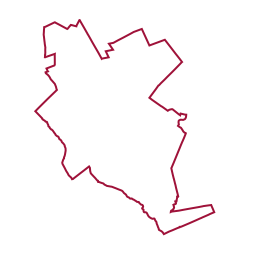 Tintesti, Buzau, Romania (Albers equal-area conic projection), rotated 8°
{"feature_id": "2599482B60981366823487", "entity_name": "Tintesti", "entity_type": "district", "adm_level": 2, "iso_a3": "ROU", "parent_name": "Romania", "parent_adm1": "Buzau", "projection": "albers", "projection_center": [26.882, 45.056], "detail": "fine", "context": "isolated", "style": "outline", "palette": "rose", "viewbox_px": 256, "rotation_deg": 8, "n_neighbors": 0, "source": "geoboundaries", "source_scale": "gbopen_adm2", "svg_char_len": 5537}
<svg xmlns="http://www.w3.org/2000/svg" viewBox="0 0 256 256"><g transform="rotate(8 128 128)"><path d="M193.6,218.8L192.9,218.8L192.9,218.7L194.3,218.4L198.3,216.0L202.1,213.7L206.8,210.8L212.2,207.4L213.1,206.9L214.1,206.2L216.4,204.8L220.3,202.4L220.6,202.1L225.1,199.4L223.1,196.0L222.2,194.6L222.1,194.4L221.1,192.7L217.9,193.6L213.7,194.8L212.4,195.3L209.2,196.4L202.1,198.7L196.0,200.7L193.3,201.6L189.8,202.8L182.9,204.7L182.1,205.2L182.1,204.5L182.2,204.0L182.5,203.7L182.8,203.4L183.5,203.2L184.1,202.3L184.1,202.0L184.3,201.9L184.6,201.0L184.7,200.3L184.5,199.6L184.2,199.1L184.1,198.7L184.0,198.2L184.0,197.8L183.8,197.7L184.3,197.2L185.4,196.8L186.0,196.2L185.9,195.7L185.1,194.2L186.2,194.0L186.3,193.2L186.0,192.9L186.1,192.6L186.2,192.2L186.3,191.3L186.3,189.6L186.2,189.2L187.2,189.1L187.3,188.9L185.8,185.1L185.7,184.9L183.9,180.5L183.1,178.3L182.9,177.8L182.2,176.2L181.5,174.4L181.2,173.7L180.5,171.9L180.3,171.6L178.8,167.9L177.5,164.5L177.4,164.2L176.5,161.8L176.6,161.7L177.3,158.8L177.4,158.7L177.6,157.7L177.9,156.7L179.2,151.6L180.6,146.1L180.9,144.9L181.7,141.8L182.8,137.4L183.7,134.0L183.8,133.8L184.9,129.8L185.8,126.2L186.0,125.2L185.9,125.0L184.6,124.7L183.2,123.7L182.7,123.0L181.6,121.7L180.4,120.4L179.0,119.9L177.9,119.3L177.2,118.9L177.9,117.3L177.7,116.9L177.3,115.7L177.2,114.6L177.2,114.1L177.3,113.7L177.7,113.2L178.5,112.7L178.8,112.5L179.4,112.4L181.5,112.3L182.3,111.8L183.0,111.4L183.3,111.0L183.6,110.4L183.9,109.2L183.9,107.9L183.8,106.7L182.5,106.8L178.1,106.4L177.9,108.1L177.0,107.6L176.8,107.6L171.1,104.2L170.1,103.6L169.8,103.4L169.2,103.2L168.9,103.3L168.6,103.3L168.3,103.4L166.8,104.0L166.2,104.3L165.0,105.4L161.4,103.5L158.9,102.2L157.8,101.8L152.5,99.1L148.2,96.9L145.0,95.1L150.3,85.4L152.2,81.7L152.8,81.3L154.3,79.1L157.5,75.0L157.8,74.6L159.7,72.0L163.9,66.5L166.0,63.7L170.1,58.1L172.1,55.3L172.3,55.1L169.6,52.4L166.8,49.7L165.3,48.3L159.6,42.7L152.2,35.5L137.7,43.3L127.9,28.0L120.3,32.1L117.1,34.5L110.5,39.3L105.7,42.7L101.7,45.7L97.4,47.2L102.3,52.6L95.3,55.1L99.0,60.7L92.6,62.9L92.5,63.1L92.4,63.2L88.2,57.6L83.8,52.0L80.6,47.9L79.4,46.3L77.5,43.8L75.8,41.6L74.9,40.6L74.8,40.3L73.6,38.8L70.6,34.9L66.3,29.4L66.2,29.3L65.5,28.3L65.2,27.9L64.9,27.9L64.8,28.1L64.7,28.3L64.6,28.5L64.4,29.2L62.7,34.0L62.7,34.5L62.4,34.5L62.2,34.4L60.8,34.3L58.6,34.0L57.9,33.9L57.8,34.0L57.0,33.9L56.6,34.5L56.4,34.9L56.1,35.3L55.7,35.9L54.5,38.0L54.3,38.1L54.0,38.4L44.6,34.9L41.5,33.8L40.9,33.5L40.6,33.6L38.2,35.2L32.2,39.2L30.9,39.8L31.1,41.1L31.1,42.2L31.2,43.3L31.3,44.3L31.4,45.8L31.5,47.0L31.5,47.3L32.1,49.4L33.1,53.3L33.6,55.1L33.9,56.4L34.9,59.6L35.0,60.1L35.0,60.6L35.1,61.3L35.2,62.3L35.4,63.5L35.6,64.7L35.7,66.1L35.8,66.6L35.6,67.1L35.8,68.1L35.9,69.3L35.9,69.5L36.1,69.5L36.2,69.4L45.2,64.8L45.2,65.3L46.1,71.3L46.7,75.5L46.4,76.3L39.0,80.4L40.6,82.9L40.8,83.1L38.6,84.3L39.0,85.2L40.3,86.0L41.3,86.6L42.8,87.9L43.9,89.3L44.7,90.5L46.4,91.9L49.4,94.5L50.9,97.1L51.8,99.4L52.3,100.2L44.2,110.6L39.8,116.4L36.7,120.5L33.9,124.3L38.4,127.8L41.7,130.4L41.8,130.5L41.7,130.8L41.8,130.9L42.0,131.0L42.5,131.4L42.7,131.6L43.1,131.8L43.4,131.9L44.1,132.1L44.7,132.5L44.9,132.6L45.3,133.0L45.6,133.2L45.8,133.2L46.6,133.2L46.8,133.3L47.0,133.4L47.2,133.7L47.4,134.5L48.0,135.3L48.4,135.7L48.5,136.0L48.7,136.5L48.9,137.3L49.2,137.6L49.4,137.7L49.8,137.8L50.0,137.9L50.3,138.3L50.4,138.5L50.6,138.9L50.8,139.1L52.1,140.1L52.3,140.1L52.7,140.2L53.0,140.4L53.1,140.5L53.6,140.8L55.0,142.2L55.4,142.8L56.6,143.8L57.2,144.8L58.0,145.4L58.2,145.5L58.8,145.9L59.2,146.0L59.5,146.1L60.2,146.3L60.5,146.7L61.7,148.7L61.9,148.8L62.3,148.8L62.7,149.0L63.1,149.3L63.8,149.9L64.0,150.3L64.4,151.0L64.8,151.4L65.2,151.7L65.3,151.7L65.7,152.0L66.5,152.7L67.4,153.6L67.9,154.6L68.0,155.2L68.5,155.9L69.0,156.9L69.4,159.1L69.3,163.0L69.1,164.7L68.7,166.0L68.9,167.0L68.3,168.1L68.1,169.1L67.7,171.5L68.1,172.6L71.1,176.7L72.8,179.2L74.7,181.4L75.6,182.8L76.9,183.9L77.8,184.4L79.0,185.4L79.7,186.5L80.7,186.1L80.8,185.9L87.9,178.6L89.0,177.5L94.8,171.5L95.8,172.7L96.5,175.6L96.5,175.8L97.5,178.1L98.1,178.6L101.3,181.2L102.0,181.7L105.5,184.8L105.7,184.7L106.0,185.6L106.6,185.5L106.8,185.5L108.1,185.8L109.1,186.0L111.4,186.4L111.6,186.5L112.2,187.1L112.5,187.3L114.0,187.8L115.0,188.2L115.3,188.3L116.3,188.3L118.9,188.4L119.8,188.4L120.1,188.4L123.1,189.1L123.6,189.2L128.0,190.3L128.5,190.4L129.8,190.7L130.5,190.9L131.0,191.1L131.7,191.6L133.1,193.0L134.9,194.0L135.4,194.4L136.5,195.9L136.7,196.1L137.2,196.3L138.5,196.7L138.8,196.8L139.6,197.4L139.9,197.6L140.0,197.6L140.3,197.6L141.3,197.3L141.6,197.3L142.4,197.9L143.3,198.0L145.5,199.0L146.0,199.2L146.9,199.7L147.0,199.8L147.3,199.9L148.9,199.8L149.1,199.9L149.8,200.9L150.3,201.1L151.5,202.0L152.9,202.2L153.2,202.4L153.5,202.7L153.9,203.6L153.9,203.9L153.9,204.1L153.8,204.3L153.4,205.0L153.2,205.4L153.2,205.7L153.3,205.9L153.6,206.1L154.3,206.4L154.7,206.7L154.8,206.9L154.8,207.4L154.9,207.9L155.1,208.4L155.4,208.9L155.6,209.1L156.0,209.2L156.5,209.1L157.1,209.0L157.6,209.1L158.0,209.2L158.5,209.6L159.8,211.5L160.5,212.4L161.2,213.0L161.8,213.4L162.7,213.8L163.6,214.2L164.4,214.4L165.0,214.5L166.3,214.0L166.6,214.0L166.8,214.1L167.0,214.3L167.3,214.9L167.5,215.2L167.9,215.8L168.2,216.2L168.8,216.6L169.0,216.9L169.3,217.3L169.4,217.8L169.6,218.3L169.7,218.7L170.5,220.0L170.8,220.5L171.3,221.5L171.6,222.1L172.0,222.7L172.4,223.3L172.6,224.1L172.9,224.6L173.2,224.7L175.6,225.6L176.2,226.0L177.0,226.6L178.3,228.1L183.0,224.9L186.0,223.2L191.1,220.1L193.6,218.8Z" fill="none" stroke="#9f1239" stroke-width="2"/></g></svg>